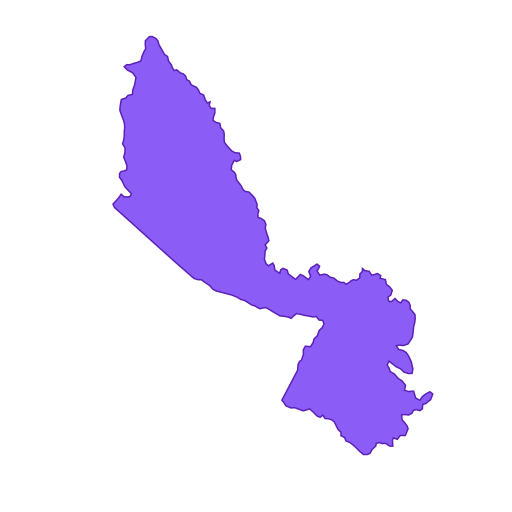 Guarinos, Goiás, Brazil, rotated 137°
{"feature_id": "56859067B11606390380719", "entity_name": "Guarinos", "entity_type": "district", "adm_level": 2, "iso_a3": "BRA", "parent_name": "Brazil", "parent_adm1": "Goiás", "projection": "natural_earth1", "projection_center": [-49.746, -14.703], "detail": "fine", "context": "isolated", "style": "filled", "palette": "violet", "viewbox_px": 512, "rotation_deg": 137, "n_neighbors": 0, "source": "geoboundaries", "source_scale": "gbopen_adm2", "svg_char_len": 4224}
<svg xmlns="http://www.w3.org/2000/svg" viewBox="0 0 512 512"><g transform="rotate(137 256 256)"><path d="M217.5,307.4L220.0,310.9L220.1,313.7L219.0,317.4L218.6,320.8L218.4,324.5L217.0,327.0L215.1,329.7L214.8,332.7L215.3,336.1L211.7,339.0L206.6,340.8L205.7,338.2L201.5,337.0L199.6,339.1L198.0,342.6L200.9,345.8L202.1,349.3L202.0,356.4L201.5,360.9L198.9,364.0L196.3,366.6L194.4,369.5L194.4,373.8L192.0,377.7L194.2,381.1L194.9,384.6L191.8,387.0L188.6,388.6L185.4,392.0L188.2,394.8L187.5,398.0L184.5,400.1L187.3,401.1L186.6,404.8L184.5,409.4L186.1,413.3L184.9,416.5L184.5,419.9L186.6,425.2L185.4,429.3L186.4,432.2L184.8,435.5L184.9,438.6L186.5,441.6L187.0,446.3L189.4,447.5L188.7,450.9L187.5,453.5L187.0,458.3L184.6,462.3L185.5,465.7L184.2,470.9L182.9,476.6L181.1,480.1L180.8,483.2L182.3,487.4L184.3,489.1L190.1,488.9L192.5,486.5L195.4,482.8L198.5,481.9L203.2,479.8L207.1,477.2L210.7,478.5L213.5,480.0L217.9,482.0L220.1,484.1L223.2,484.4L223.3,480.0L221.3,474.0L222.0,468.5L227.8,464.1L233.0,461.4L236.2,458.4L240.1,460.8L243.3,460.3L247.8,462.3L251.0,459.9L253.4,458.0L256.1,455.5L257.9,451.7L260.2,445.8L261.9,442.6L264.3,439.6L267.0,437.3L270.6,433.5L273.7,431.0L277.1,429.0L278.0,424.5L281.0,421.3L285.4,418.5L287.2,413.6L289.1,409.6L291.7,407.3L294.6,408.2L296.8,409.7L299.4,409.4L302.1,406.8L302.6,402.8L304.7,395.7L304.7,386.3L308.1,385.4L312.1,389.1L312.5,393.2L316.6,392.2L325.2,391.5L326.4,387.9L319.7,311.9L319.3,307.6L316.7,282.0L314.8,278.5L312.1,275.8L311.6,272.7L310.9,269.7L310.0,265.7L310.2,261.1L309.1,257.8L303.3,248.7L300.1,243.6L297.8,238.5L296.7,234.5L294.7,231.4L293.5,226.8L292.6,223.3L290.8,220.0L289.2,214.8L286.7,213.4L284.2,211.8L283.0,208.7L281.8,204.1L280.7,200.7L279.4,196.0L276.3,192.4L273.9,189.0L272.8,186.4L269.6,186.5L265.6,186.2L263.4,183.3L261.1,179.6L258.3,176.0L256.1,172.8L253.1,170.5L253.6,166.2L251.1,163.4L252.6,159.9L256.8,158.4L260.5,158.5L265.6,155.8L270.0,155.8L273.4,153.7L278.0,152.5L281.4,156.4L285.4,155.1L288.5,151.7L291.3,150.2L293.5,148.9L296.0,149.1L299.2,148.0L303.4,144.1L335.4,132.9L335.6,130.0L336.3,126.0L334.1,121.1L331.0,118.5L329.4,115.2L327.1,110.6L324.5,109.2L321.1,107.6L320.6,103.0L320.4,97.1L319.1,94.3L315.6,94.0L316.4,90.1L313.9,87.4L312.3,84.7L311.9,81.1L313.2,76.9L314.3,73.3L314.1,69.1L316.4,66.6L315.0,62.9L316.3,59.5L314.5,55.5L313.6,49.7L313.4,42.9L312.8,37.5L310.0,34.9L307.0,33.9L303.0,35.4L298.0,35.3L295.9,37.0L292.9,35.3L291.6,32.7L289.0,30.6L287.9,25.9L285.6,23.6L282.1,28.0L279.7,29.3L277.6,25.5L272.9,26.4L269.3,22.9L262.6,25.9L261.4,28.7L261.0,32.1L260.9,36.6L257.7,40.6L254.6,37.8L252.8,35.6L249.2,34.6L246.1,35.8L243.5,34.2L241.7,31.2L238.6,30.7L235.2,33.8L232.4,32.2L228.9,32.2L226.3,31.8L220.8,34.5L221.4,38.1L225.4,39.2L227.9,39.6L230.3,39.7L234.6,38.7L236.1,43.2L232.9,49.7L237.2,53.2L238.9,56.6L234.8,59.5L234.4,65.1L235.5,69.5L235.3,75.6L236.7,79.9L235.1,83.4L234.5,86.8L230.4,88.4L229.0,79.4L227.2,74.8L226.9,70.0L224.6,66.0L221.9,63.7L218.3,66.4L214.6,72.8L213.5,76.0L212.5,79.3L212.0,82.8L212.8,86.5L215.4,90.3L214.5,94.7L212.1,93.3L209.4,90.1L204.9,88.0L200.5,89.0L196.7,90.1L192.9,93.3L188.9,96.8L185.4,99.0L182.4,101.5L179.7,104.7L179.4,108.3L179.3,112.1L176.9,114.7L175.7,118.1L176.5,121.4L178.5,123.8L182.1,123.0L183.3,126.1L183.3,130.1L188.1,130.3L189.8,132.5L187.5,136.0L184.1,135.5L179.7,138.0L179.3,142.3L180.0,146.2L177.5,150.5L180.5,155.1L178.1,156.6L179.2,160.5L181.7,161.5L184.4,163.1L183.7,167.6L186.3,171.0L186.7,174.2L188.7,172.2L192.4,171.9L195.0,169.3L199.1,169.8L200.9,172.2L203.3,173.0L206.3,173.1L209.4,173.9L209.8,176.8L211.8,178.5L213.5,181.9L214.0,186.4L216.4,190.3L216.7,193.3L218.2,196.0L222.4,198.5L221.5,203.5L218.8,204.1L216.4,205.2L216.9,208.5L220.7,209.2L223.8,209.8L227.9,208.7L230.0,203.8L233.8,203.0L234.8,208.9L236.2,212.3L240.0,212.0L243.0,211.9L244.0,217.7L244.6,220.9L242.8,224.5L244.7,228.6L247.4,229.1L250.4,227.1L251.8,232.9L249.2,236.6L248.6,239.4L253.5,240.3L253.9,243.4L252.2,247.7L249.7,249.9L246.1,253.3L242.6,254.4L241.8,257.9L238.6,258.1L236.1,258.4L234.4,261.5L233.3,264.1L230.3,270.0L227.2,272.4L225.8,276.0L226.7,280.1L228.2,282.7L226.2,285.3L223.0,287.2L222.5,290.6L220.0,293.0L217.5,299.0L217.3,302.0L217.5,307.4Z" fill="#8b5cf6" stroke="#5b21b6" stroke-width="1.5"/></g></svg>